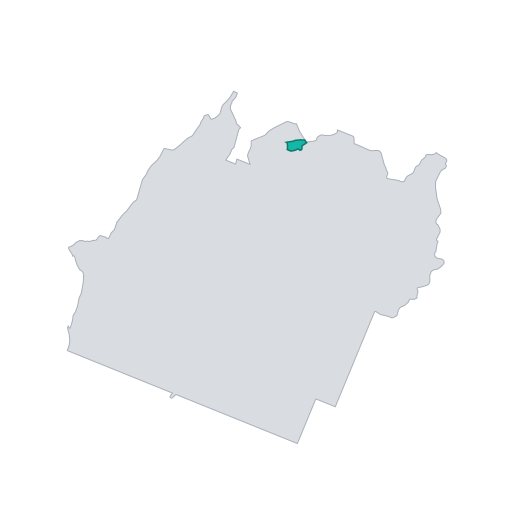 Talawdi, South Kordufan, Sudan shown in context, rotated 202°
{"feature_id": "16777658B54503315646042", "entity_name": "Talawdi", "entity_type": "district", "adm_level": 2, "iso_a3": "SDN", "parent_name": "Sudan", "parent_adm1": "South Kordufan", "projection": "robinson", "projection_center": [30.424, 10.544], "detail": "fine", "context": "in_parent", "style": "filled", "palette": "teal", "viewbox_px": 512, "rotation_deg": 202, "n_neighbors": 0, "source": "geoboundaries", "source_scale": "gbopen_adm2", "svg_char_len": 4999}
<svg xmlns="http://www.w3.org/2000/svg" viewBox="0 0 512 512"><g transform="rotate(202 256 256)"><path d="M338.6,400.2L334.6,400.2L334.2,399.1L334.2,396.2L334.7,394.0L336.1,390.5L335.7,388.6L336.0,385.9L334.9,382.8L325.4,373.9L323.5,371.4L318.4,369.2L319.3,366.6L317.1,348.4L318.2,346.3L318.4,343.1L318.4,340.3L319.6,335.6L319.8,333.6L309.6,333.5L309.5,335.5L310.0,337.8L310.0,338.7L295.9,338.7L301.5,345.9L301.8,349.0L301.5,352.9L301.6,355.4L301.9,357.1L303.4,360.3L303.3,360.9L303.0,361.6L293.0,371.2L291.3,375.6L290.0,377.9L287.1,381.8L278.0,392.0L276.5,392.7L269.5,393.1L268.9,393.3L268.3,393.8L268.0,393.7L262.1,387.7L252.1,380.5L245.4,384.2L243.6,385.6L243.6,389.1L242.6,390.8L240.8,392.8L235.9,394.0L233.4,395.0L230.3,397.0L227.3,400.2L227.1,401.9L227.5,403.4L210.6,403.4L209.4,402.2L207.0,396.8L205.3,397.1L189.9,396.5L187.7,397.1L183.3,399.3L181.0,399.6L178.8,398.6L170.7,388.0L168.9,386.7L167.1,384.2L165.4,383.1L164.8,382.3L164.6,381.1L164.7,378.8L164.1,377.4L162.8,377.0L152.0,379.5L150.4,379.2L148.1,379.6L147.3,380.1L146.4,381.5L146.2,384.4L145.9,385.8L145.1,387.4L142.0,391.0L141.3,392.6L141.4,396.6L141.2,398.6L140.7,399.5L139.4,401.0L138.9,401.9L138.3,407.0L136.6,410.1L136.2,411.1L136.1,413.4L135.8,414.0L130.9,415.8L129.1,416.9L127.9,418.6L127.7,419.4L125.5,418.8L122.9,418.3L117.7,417.8L115.7,417.0L114.7,415.8L115.0,412.7L114.5,412.0L113.7,411.5L113.1,410.1L113.3,408.5L116.0,405.0L116.6,403.1L117.3,394.2L117.1,391.4L115.0,386.4L110.1,377.8L108.9,376.1L102.8,369.0L102.1,368.0L100.6,365.0L102.3,358.4L102.4,356.6L102.0,354.7L100.5,353.3L99.1,353.1L97.3,351.4L96.1,350.6L95.0,349.0L94.3,346.9L94.9,339.1L94.5,338.1L93.0,337.8L92.6,337.3L92.7,335.8L91.9,331.4L90.9,327.7L91.5,325.7L90.2,322.9L87.7,321.8L82.7,322.7L81.2,322.5L80.1,322.0L79.4,321.0L79.0,319.8L79.4,318.0L80.8,314.7L82.6,312.0L86.2,309.6L87.1,308.3L87.7,306.8L87.8,305.1L87.5,303.4L87.2,301.8L86.1,299.6L85.2,297.1L85.2,295.4L85.6,294.2L86.6,292.8L90.1,289.9L93.8,287.5L94.4,286.7L94.2,285.7L92.5,283.8L92.0,280.0L91.1,277.3L93.0,275.3L94.3,274.6L96.4,274.0L97.3,273.2L97.5,271.6L97.5,270.1L98.2,268.9L99.3,266.5L100.1,265.4L102.9,262.6L103.5,260.7L103.7,259.0L103.0,253.6L104.6,251.4L106.7,249.5L109.6,249.6L114.1,249.2L117.2,248.5L119.4,248.5L124.4,249.5L124.9,249.1L125.2,247.6L126.0,145.9L146.7,145.9L147.0,145.7L147.4,97.6L277.4,97.6L278.4,97.5L280.5,93.0L281.4,92.6L282.7,92.9L283.1,93.9L282.1,97.6L395.5,97.6L395.8,103.1L396.8,107.5L400.1,113.8L402.8,117.2L403.8,119.0L403.9,119.9L403.8,120.7L403.0,119.8L401.6,119.1L401.4,122.1L402.1,128.1L403.3,132.3L402.5,136.3L402.7,142.9L404.3,150.8L404.0,155.9L406.5,167.7L408.9,174.3L410.1,175.9L411.6,176.7L414.3,177.3L418.4,180.6L421.6,184.2L422.8,186.0L424.3,188.0L425.4,187.7L426.0,187.1L427.1,188.8L432.2,192.3L433.0,193.9L431.2,195.5L429.1,198.3L428.1,200.9L427.5,201.7L425.9,203.3L425.6,204.1L424.9,204.6L424.1,204.6L422.4,205.5L420.8,205.2L419.2,205.7L418.7,206.3L417.4,206.8L415.7,207.1L413.1,209.3L410.8,210.4L410.0,211.2L408.9,215.6L408.0,216.7L404.6,216.8L402.9,217.2L400.6,216.7L399.5,216.8L399.3,217.7L398.9,221.4L399.0,223.0L397.1,227.3L397.7,235.2L395.9,241.1L395.7,242.5L393.8,247.2L392.9,248.9L390.6,257.7L389.7,260.4L387.7,263.3L389.9,284.4L388.2,290.9L388.3,294.4L387.1,299.6L386.2,302.1L384.7,305.0L383.4,308.2L382.3,312.5L381.6,320.6L381.3,321.4L375.2,322.4L373.3,322.9L372.0,323.8L370.5,325.9L367.4,331.6L365.8,335.1L363.3,339.9L360.3,343.3L359.7,345.0L359.2,348.0L358.1,352.9L357.1,356.3L357.3,359.1L356.4,363.9L356.6,366.3L355.5,367.6L354.1,368.8L353.2,369.2L348.9,365.9L346.0,368.2L344.1,371.3L342.7,374.4L343.5,381.1L343.5,382.6L343.1,384.2L340.3,390.7L339.5,393.7L338.6,398.9L338.6,400.2Z" fill="#d9dde1" stroke="#a8b0b8" stroke-width="1"/><path d="M251.4,380.1L251.6,380.2L251.9,380.2L253.3,381.1L254.2,381.8L254.3,381.8L254.4,381.7L254.7,381.5L254.8,381.5L255.6,381.3L256.2,381.0L256.5,380.9L257.1,380.7L257.6,380.6L258.5,380.3L259.3,379.8L259.5,379.7L260.0,379.5L260.1,379.4L260.8,379.1L263.3,377.7L264.0,376.9L264.5,376.3L267.2,374.8L267.7,374.4L268.5,374.0L268.9,373.8L269.2,373.7L269.7,373.3L270.0,373.1L270.3,372.9L270.1,372.9L269.8,372.7L269.7,372.6L269.5,372.4L269.4,372.1L269.2,371.8L268.8,371.4L268.5,371.0L268.1,370.1L267.9,369.6L267.8,369.2L267.6,368.8L267.5,368.6L267.3,368.1L267.2,367.7L267.0,366.9L266.9,366.6L266.9,366.4L266.7,366.4L266.2,366.4L265.5,366.4L265.3,366.3L265.2,366.3L264.4,366.3L263.7,366.3L263.5,366.5L263.4,366.4L263.2,366.4L263.0,366.6L262.7,366.6L262.4,366.6L262.2,366.7L262.1,366.8L261.5,367.2L260.9,367.6L259.7,368.4L259.6,368.5L259.4,368.7L258.8,369.2L258.6,369.5L258.4,369.7L258.2,370.0L257.8,370.4L257.6,370.6L257.4,370.6L257.2,370.7L256.9,370.7L256.7,370.9L256.4,371.0L256.2,370.9L255.9,370.9L255.7,370.8L255.3,370.9L255.1,370.7L254.8,370.5L254.6,370.7L254.2,370.9L253.6,371.6L253.6,372.6L253.7,372.8L253.7,373.2L253.9,373.6L254.2,374.2L254.4,374.6L254.7,375.1L254.1,376.1L253.7,376.7L252.8,378.0L252.1,378.9L252.0,379.3L251.4,380.1Z" fill="#14b8a6" stroke="#0f766e" stroke-width="1.5"/></g></svg>